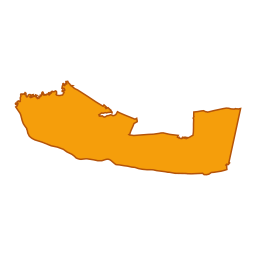 the district of Piedrujas pag., Kraslavas, Latvia
{"feature_id": "27541924B60007072574234", "entity_name": "Piedrujas pag.", "entity_type": "district", "adm_level": 2, "iso_a3": "LVA", "parent_name": "Latvia", "parent_adm1": "Kraslavas", "projection": "mercator", "projection_center": [27.471, 55.816], "detail": "fine", "context": "isolated", "style": "filled", "palette": "amber", "viewbox_px": 256, "rotation_deg": 0, "n_neighbors": 0, "source": "geoboundaries", "source_scale": "gbopen_adm2", "svg_char_len": 5425}
<svg xmlns="http://www.w3.org/2000/svg" viewBox="0 0 256 256"><path d="M15.7,106.9L20.0,113.2L20.7,114.8L22.2,120.6L23.3,123.6L24.7,125.8L26.7,128.5L26.8,129.5L27.2,130.2L27.8,133.1L29.3,136.1L30.7,137.4L32.2,138.5L34.9,139.9L41.7,142.0L51.2,145.8L57.4,147.1L63.3,149.3L66.9,151.9L71.9,154.3L74.5,156.3L75.9,157.8L76.9,158.3L78.2,158.8L79.7,159.2L81.0,159.3L85.6,158.8L87.1,158.8L93.6,159.8L97.7,160.7L101.9,160.7L105.9,159.4L107.3,159.2L108.2,159.2L109.6,159.6L110.9,160.4L114.6,163.6L116.0,164.6L119.4,164.9L124.0,165.7L127.3,166.1L131.8,167.1L135.0,167.4L138.6,168.6L142.5,169.3L146.9,169.7L150.6,169.7L153.1,169.8L156.6,170.6L165.2,171.7L167.6,172.2L169.7,172.3L175.1,173.3L186.1,173.5L187.5,173.7L191.5,173.8L202.6,173.3L203.7,174.3L204.1,174.6L206.4,174.7L208.8,174.2L211.3,172.5L213.9,172.3L221.0,171.2L224.8,170.2L226.9,169.5L226.7,167.7L226.7,166.4L226.4,165.6L225.9,165.1L226.2,164.9L226.5,165.2L226.7,164.9L226.6,164.3L226.8,164.1L227.2,164.2L227.3,164.6L227.5,164.7L228.2,164.6L228.7,164.1L229.1,163.3L229.5,163.1L229.6,162.9L229.6,162.7L229.3,162.5L229.1,162.4L228.9,162.4L240.6,108.5L238.4,109.0L236.7,108.8L235.9,108.9L235.3,108.6L234.5,109.1L231.1,108.9L228.9,108.3L226.4,108.1L223.3,108.6L213.9,110.6L207.4,112.2L206.9,111.8L206.0,111.8L204.9,111.4L203.6,110.7L200.9,111.0L197.6,111.6L193.8,112.0L193.7,116.1L194.0,116.8L193.5,117.3L193.2,118.2L193.3,118.6L193.7,119.0L193.5,123.7L193.5,127.6L193.4,131.9L193.0,135.2L189.5,137.2L187.4,138.1L187.6,137.8L187.3,137.8L187.1,137.5L186.7,137.6L186.4,137.4L186.1,137.4L185.5,137.2L185.4,137.3L185.5,137.9L185.4,138.1L184.8,138.1L184.5,137.8L184.1,138.1L183.9,138.0L183.9,137.5L183.6,137.7L183.3,137.4L183.1,137.3L182.9,137.6L182.5,137.3L182.3,137.5L182.4,138.0L182.3,138.3L182.0,138.5L181.5,138.6L179.8,138.3L179.6,138.0L179.3,137.9L179.4,137.6L179.2,137.8L179.1,137.4L178.6,137.6L177.5,137.3L177.6,137.0L177.7,136.8L177.6,136.6L177.6,136.4L177.8,136.4L177.8,136.1L178.2,135.4L169.9,134.4L163.2,132.9L160.7,133.0L159.6,133.3L153.4,134.2L148.4,134.4L133.8,135.5L129.7,135.0L128.9,134.6L129.8,133.9L130.9,130.7L132.8,126.5L134.0,123.5L137.2,121.7L137.1,120.2L136.9,119.5L136.7,118.3L135.0,119.2L124.4,114.9L119.3,112.7L117.5,111.7L116.0,114.4L114.5,115.4L113.2,115.7L112.5,115.6L111.7,115.0L111.1,115.0L110.6,114.8L108.8,115.5L106.8,115.8L105.4,116.8L105.0,116.8L104.3,117.1L103.3,116.7L102.7,116.1L102.1,115.8L101.7,115.9L101.0,116.3L100.1,115.8L99.8,115.8L99.6,116.1L99.3,116.0L99.1,115.8L99.1,115.5L99.2,115.2L99.2,114.9L99.0,114.7L100.1,114.1L101.5,113.0L103.4,113.2L105.2,112.6L106.5,112.9L107.9,112.5L110.8,112.2L111.9,112.4L112.0,112.7L112.1,112.4L112.0,112.2L111.9,111.8L111.2,111.1L111.1,110.7L110.6,110.3L110.7,110.1L110.2,109.9L110.2,109.6L109.4,109.0L109.3,108.8L109.1,108.7L108.1,107.7L106.0,108.6L105.9,108.4L106.2,108.3L105.4,107.6L106.4,107.1L104.0,104.9L103.2,106.2L103.1,106.3L95.9,101.9L87.2,96.1L77.5,89.9L75.1,88.8L73.7,87.9L73.7,87.7L71.7,86.2L72.6,85.7L71.3,85.5L71.2,85.8L70.7,85.5L69.7,84.0L68.6,83.0L67.7,81.3L67.0,81.6L66.2,81.4L65.9,81.5L65.9,82.2L66.7,83.5L66.7,83.9L66.3,84.0L65.8,83.7L65.5,83.7L65.0,84.4L64.9,84.7L65.0,85.1L64.7,85.6L63.9,85.2L63.8,84.8L63.8,83.9L63.7,83.6L63.3,83.5L62.9,83.7L62.8,84.1L62.9,85.3L62.5,85.9L62.2,86.1L62.2,86.4L62.3,87.0L62.3,87.6L61.9,87.9L61.9,88.1L61.9,88.3L62.0,88.5L62.6,88.9L63.3,88.3L63.8,88.3L64.2,88.4L64.4,88.7L64.8,89.9L64.8,90.2L64.4,90.4L63.8,90.2L62.9,90.3L62.1,90.9L62.2,91.5L62.4,91.6L63.4,91.6L64.1,92.2L64.1,92.4L62.6,94.9L62.2,95.1L61.6,95.1L60.1,95.5L58.6,95.5L56.6,95.1L56.1,94.5L56.2,94.2L56.5,93.8L56.6,93.6L56.6,93.1L56.5,92.8L56.6,92.0L56.4,91.5L55.8,91.0L55.5,90.9L55.2,91.0L54.5,91.5L53.9,91.7L52.5,91.6L52.3,91.3L52.0,91.3L51.8,91.5L51.8,91.9L51.6,92.1L51.6,92.5L51.4,93.0L51.2,93.1L50.7,92.3L50.4,92.3L50.2,93.0L50.5,93.2L50.0,94.1L49.3,94.9L49.0,94.9L48.7,94.6L48.8,94.3L49.4,93.6L49.4,93.2L49.2,92.9L48.8,92.7L48.6,92.8L48.5,93.2L47.8,94.0L47.6,94.1L46.9,94.1L46.8,94.6L46.5,94.8L46.0,94.9L45.8,94.7L45.2,94.6L44.9,95.1L43.8,95.1L43.7,95.0L43.5,94.5L43.9,94.3L43.9,94.1L43.3,93.7L43.2,93.4L43.2,92.7L42.9,92.1L42.6,92.0L42.2,92.3L42.2,92.5L41.9,92.8L41.7,93.3L41.8,93.4L42.1,93.3L41.9,93.9L41.9,94.2L42.0,94.3L42.3,94.1L42.3,94.4L42.1,94.6L40.9,95.0L41.5,95.4L41.2,95.9L40.7,96.0L40.8,95.7L40.6,95.5L40.1,96.2L38.9,96.3L39.0,96.5L39.4,96.5L39.8,96.8L39.3,97.0L39.4,97.7L38.8,98.0L38.7,98.3L38.1,98.0L37.8,98.2L37.8,97.8L37.3,97.6L36.9,97.9L36.2,97.1L36.6,96.2L37.1,95.5L36.9,95.3L36.7,95.4L36.2,95.4L35.9,95.0L35.5,94.8L35.4,94.9L35.4,95.2L35.3,95.4L35.0,95.6L35.2,96.1L35.2,96.4L34.5,96.2L33.9,96.4L33.6,96.0L33.5,95.6L33.1,95.0L33.2,94.6L32.1,94.8L31.6,95.4L31.4,95.3L31.4,96.1L32.5,96.9L31.7,97.3L30.7,97.6L30.4,97.5L29.8,96.9L30.1,96.6L30.9,96.3L30.7,95.1L30.3,94.7L30.0,94.5L29.1,94.6L28.2,95.2L27.7,96.4L27.3,96.8L26.7,96.9L26.3,96.5L26.1,95.0L25.3,94.7L26.0,93.6L25.9,93.2L25.1,92.6L24.6,93.4L24.9,94.1L24.9,94.4L24.5,94.4L23.6,94.0L23.0,93.9L22.7,94.4L22.4,94.5L22.0,94.2L21.1,93.9L20.8,94.2L20.6,94.9L20.9,95.7L20.8,96.6L20.4,97.2L20.3,97.9L20.3,98.5L20.4,99.1L20.4,99.8L20.2,100.3L20.3,101.3L20.0,101.6L19.4,101.6L18.9,101.1L18.5,100.9L18.3,101.0L17.9,101.4L17.4,101.4L17.1,101.8L17.1,102.5L17.4,102.9L17.8,103.1L18.0,103.6L18.0,103.9L17.6,104.4L17.4,104.4L17.4,103.9L17.1,103.4L15.9,103.0L15.6,103.2L15.4,103.8L15.5,104.1L16.0,104.6L16.8,104.5L17.0,104.7L17.1,105.2L17.4,105.6L17.2,105.9L15.7,106.9Z" fill="#f59e0b" stroke="#b45309" stroke-width="1.5"/></svg>